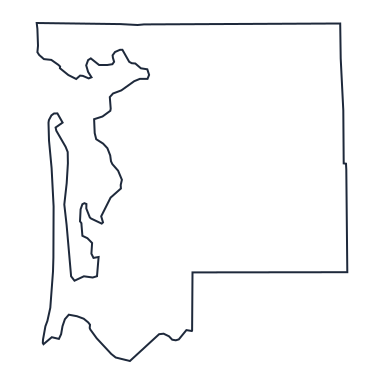 the district of Pacific, Washington, United States of America
{"feature_id": "52423323B94422507286019", "entity_name": "Pacific", "entity_type": "district", "adm_level": 2, "iso_a3": "USA", "parent_name": "United States of America", "parent_adm1": "Washington", "projection": "albers", "projection_center": [-123.933, 46.517], "detail": "fine", "context": "isolated", "style": "outline", "palette": "slate", "viewbox_px": 384, "rotation_deg": 0, "n_neighbors": 0, "source": "geoboundaries", "source_scale": "gbopen_adm2", "svg_char_len": 1712}
<svg xmlns="http://www.w3.org/2000/svg" viewBox="0 0 384 384"><path d="M36.7,23.0L37.4,28.9L38.0,45.8L37.4,52.2L39.2,55.0L43.9,59.1L51.3,59.9L58.3,64.8L60.1,66.5L59.9,68.2L68.3,75.0L76.2,79.0L80.1,75.6L82.9,75.9L88.7,78.4L91.5,77.3L88.1,71.9L86.2,65.4L88.1,60.1L90.8,58.4L99.1,65.0L107.3,65.0L112.4,64.2L114.1,61.8L112.9,57.7L112.6,55.3L115.0,52.0L120.0,49.8L122.4,49.8L129.2,61.8L131.7,63.2L135.3,63.5L140.9,68.3L147.3,69.3L149.1,74.9L147.5,78.9L139.8,78.9L134.2,81.2L121.3,90.4L113.0,93.5L109.8,97.1L110.7,108.7L110.3,110.8L102.5,116.5L94.1,119.2L94.7,133.1L96.2,139.2L103.1,143.6L107.4,148.2L110.2,155.4L111.0,161.3L112.4,164.2L118.1,170.7L121.9,179.8L120.7,185.0L120.9,188.5L110.6,197.6L101.2,216.3L103.0,222.4L101.7,223.6L91.0,218.5L89.8,217.4L86.3,208.5L86.4,204.0L84.4,203.2L82.4,204.2L80.6,209.3L80.0,221.3L81.4,223.2L81.5,224.9L82.4,235.8L87.4,238.2L92.1,243.0L91.4,253.7L93.5,257.9L98.6,257.0L97.0,276.2L92.7,277.5L83.9,276.3L74.5,280.7L71.1,276.3L66.6,224.9L64.3,204.5L66.7,183.1L67.9,163.3L67.7,152.0L65.6,146.8L56.3,130.7L55.6,127.5L62.6,122.6L57.4,113.4L54.0,113.5L51.4,115.4L48.9,120.1L48.5,122.7L49.0,140.5L51.6,168.1L53.6,206.4L53.4,257.6L53.0,271.5L50.3,307.8L47.4,320.9L45.4,326.3L43.0,339.6L42.8,343.0L43.5,344.2L51.8,337.2L58.9,338.9L61.1,334.2L62.5,326.2L64.9,319.2L68.8,314.7L76.9,316.2L83.7,318.7L88.2,322.4L90.0,324.7L89.7,328.0L90.3,329.5L96.7,338.3L111.3,354.0L115.7,357.5L129.9,361.0L159.1,334.2L163.6,333.7L169.0,336.3L172.2,339.7L175.8,340.3L178.8,339.4L186.4,330.1L191.8,331.0L192.1,330.4L192.5,272.4L347.3,272.2L346.3,169.7L346.0,163.7L343.7,163.4L343.3,110.5L340.7,58.4L340.2,23.5L144.0,24.4L137.6,25.0L120.7,24.1L36.7,23.0Z" fill="none" stroke="#1e293b" stroke-width="2"/></svg>